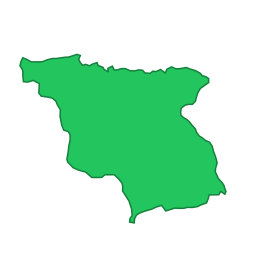 the district of Santa Cecília, Paraíba, Brazil, rotated 76°
{"feature_id": "56859067B96891568897649", "entity_name": "Santa Cecília", "entity_type": "district", "adm_level": 2, "iso_a3": "BRA", "parent_name": "Brazil", "parent_adm1": "Paraíba", "projection": "natural_earth1", "projection_center": [-35.927, -7.733], "detail": "fine", "context": "isolated", "style": "filled", "palette": "green", "viewbox_px": 256, "rotation_deg": 76, "n_neighbors": 0, "source": "geoboundaries", "source_scale": "gbopen_adm2", "svg_char_len": 1896}
<svg xmlns="http://www.w3.org/2000/svg" viewBox="0 0 256 256"><g transform="rotate(76 128 128)"><path d="M34.4,213.1L37.7,215.8L41.3,217.7L46.8,216.2L52.4,217.5L57.8,218.2L59.2,214.2L58.9,208.5L63.5,203.3L72.6,206.1L76.1,204.5L78.8,197.9L80.6,194.3L84.5,191.5L88.4,190.9L94.0,189.2L100.1,191.1L109.3,191.6L114.6,190.8L116.8,187.1L120.1,185.8L125.4,187.0L131.0,189.7L137.4,192.1L143.6,194.9L146.6,194.7L153.3,190.8L157.1,185.9L160.4,179.9L167.2,175.1L168.1,171.9L169.6,165.4L167.8,161.8L170.0,152.7L174.7,149.6L179.9,147.2L183.1,147.2L187.8,148.5L199.0,144.7L207.3,144.1L213.8,145.1L216.4,148.0L219.7,149.2L221.6,144.9L217.7,143.6L214.6,140.9L213.5,137.7L212.9,133.5L212.6,128.6L212.5,124.6L211.6,120.2L211.2,114.3L213.7,113.0L217.6,111.5L217.4,107.1L217.0,102.2L218.2,98.2L219.4,93.5L219.4,89.6L220.7,84.6L221.1,79.7L220.3,75.8L219.7,69.9L215.7,67.1L212.6,65.4L214.0,59.2L214.7,56.0L212.0,53.4L215.7,50.0L213.2,48.3L210.2,48.7L207.0,48.8L204.2,49.7L199.0,52.5L191.5,53.9L188.2,52.7L183.3,49.9L177.5,50.0L171.2,50.7L166.0,50.7L161.5,52.3L158.9,55.8L155.3,58.5L152.9,60.9L148.7,62.6L145.2,62.8L140.9,65.2L137.1,66.8L133.8,69.0L131.1,71.9L128.1,73.6L124.8,72.9L121.6,71.5L119.6,66.8L119.7,63.5L120.6,59.8L118.3,56.0L115.1,54.5L110.5,51.5L107.2,48.3L105.5,44.1L103.4,38.7L99.5,37.8L97.0,40.1L95.2,43.4L92.6,44.5L90.5,46.6L88.4,49.0L85.7,53.7L83.4,56.8L83.1,62.3L82.2,67.2L79.2,71.0L80.4,76.0L83.6,78.5L79.1,82.3L80.1,86.9L78.9,90.2L80.3,93.3L78.7,98.2L75.5,99.8L74.2,103.6L74.2,107.3L73.2,111.7L69.6,116.4L68.7,120.7L69.1,124.4L68.3,127.4L64.2,128.2L65.3,133.1L68.4,133.6L65.8,136.8L63.0,137.7L60.1,141.9L57.1,142.2L57.3,146.4L58.3,150.4L56.1,153.4L56.2,156.9L53.3,158.3L49.6,159.3L46.1,156.7L44.2,159.8L44.6,164.5L44.8,168.6L44.1,172.2L43.6,176.6L43.3,180.3L42.3,184.5L42.3,190.2L43.0,194.9L41.8,200.5L40.4,205.9L36.8,209.8L34.4,213.1Z" fill="#22c55e" stroke="#15803d" stroke-width="1.5"/></g></svg>